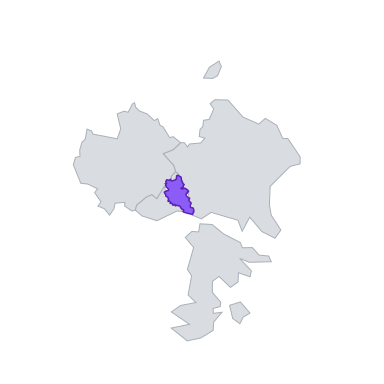 Belgium shown with its bordering countries, rotated 219°
{"feature_id": "BEL", "entity_name": "Belgium", "entity_type": "country or territory", "adm_level": 0, "iso_a3": "BEL", "parent_name": "Europe", "parent_adm1": "", "projection": "robinson", "projection_center": [4.727, 50.501], "detail": "fine", "context": "with_neighbors", "style": "filled", "palette": "violet", "viewbox_px": 384, "rotation_deg": 219, "n_neighbors": 5, "source": "natural_earth", "source_scale": "50m", "svg_char_len": 4476}
<svg xmlns="http://www.w3.org/2000/svg" viewBox="0 0 384 384"><g transform="rotate(219 192 192)"><path d="M217.5,197.4L222.7,201.0L238.6,203.6L233.2,213.2L231.9,223.1L228.9,225.5L223.8,224.2L224.2,227.7L216.1,235.6L215.9,241.9L221.3,239.7L225.2,245.8L224.8,249.8L228.2,255.0L224.3,259.2L227.3,270.2L233.5,272.0L232.3,278.1L222.0,286.1L199.5,282.3L182.8,286.8L181.4,295.3L168.1,297.2L155.3,290.8L151.1,293.8L130.1,287.4L125.7,281.9L131.9,273.5L134.8,245.5L123.8,230.8L115.8,223.8L99.0,218.4L98.4,208.3L112.9,205.2L131.3,208.8L128.3,193.0L138.5,199.0L164.3,188.2L167.8,177.0L177.4,174.2L178.9,179.0L183.9,179.2L196.6,191.2L202.2,190.1L214.3,197.7L217.5,197.4ZM247.5,293.2L254.8,287.8L257.0,299.9L253.4,310.8L248.1,307.9L245.3,298.4L247.5,293.2Z" fill="#d9dde1" stroke="#a8b0b8" stroke-width="1"/><path d="M301.4,138.5L304.3,145.5L301.5,149.2L305.7,154.0L308.8,161.3L308.2,166.0L313.2,174.8L308.4,176.2L305.5,174.6L283.6,186.3L287.1,196.2L299.3,205.6L295.7,212.0L291.8,213.8L293.7,222.9L292.8,225.2L289.2,222.4L283.9,221.9L276.0,224.4L266.2,223.8L264.7,227.5L258.9,223.7L255.6,224.4L243.6,220.2L241.4,223.2L231.9,223.1L233.2,213.2L238.6,203.6L222.7,201.0L217.5,197.4L218.0,191.3L215.8,188.2L217.0,178.9L215.0,164.6L221.5,164.6L224.2,159.4L226.7,146.9L224.6,142.3L226.7,139.4L235.6,138.7L237.6,141.7L244.7,134.9L242.1,129.8L241.5,122.1L249.5,123.9L256.2,121.8L256.5,127.1L267.3,130.3L267.4,135.1L278.1,132.5L283.9,128.8L301.4,138.5Z" fill="#d9dde1" stroke="#a8b0b8" stroke-width="1"/><path d="M215.8,188.2L218.0,191.3L217.5,197.4L211.8,196.5L213.0,188.7L215.8,188.2Z" fill="#d9dde1" stroke="#a8b0b8" stroke-width="1"/><path d="M224.6,142.3L226.7,146.9L224.2,159.4L221.5,164.6L215.0,164.6L217.0,178.9L204.1,169.7L194.0,172.6L186.1,171.5L191.7,167.8L201.2,147.6L215.8,141.9L224.6,142.3Z" fill="#d9dde1" stroke="#a8b0b8" stroke-width="1"/><path d="M85.2,137.0L70.8,134.4L73.5,127.1L71.9,119.8L80.8,119.3L91.5,127.6L85.2,137.0ZM117.9,143.4L119.9,135.4L113.0,126.8L100.3,124.4L98.0,120.7L102.3,114.8L99.1,111.1L93.0,117.4L93.3,104.6L88.5,97.8L93.3,84.1L102.0,73.3L122.5,73.2L110.7,87.6L132.6,85.8L129.4,96.7L119.4,108.6L130.2,109.5L139.6,126.7L146.8,128.9L155.8,149.9L168.7,152.5L167.3,161.2L161.7,165.2L165.8,172.3L155.9,179.4L141.3,179.3L122.6,183.1L117.7,180.4L110.1,186.8L100.1,185.2L92.1,190.5L86.5,187.7L103.3,173.4L113.2,170.4L96.3,168.1L93.5,162.7L105.1,158.4L99.6,151.1L102.1,142.1L117.9,143.4Z" fill="#d9dde1" stroke="#a8b0b8" stroke-width="1"/><path d="M196.0,171.0L196.8,171.3L197.6,171.4L197.9,171.2L197.7,170.4L198.3,170.0L199.0,169.7L199.3,170.1L199.9,170.5L200.4,170.5L201.7,169.5L202.0,169.7L202.3,170.0L202.4,170.3L202.4,170.6L202.7,170.7L203.8,170.7L204.3,170.1L204.7,169.8L205.0,170.0L205.2,170.7L205.5,171.5L206.7,172.4L207.7,172.7L209.0,172.5L209.5,172.3L209.9,172.5L210.2,173.0L211.0,173.5L212.5,173.9L213.0,174.1L213.4,174.5L213.3,175.1L212.5,176.4L212.4,176.8L212.5,176.9L212.4,177.2L211.4,178.1L211.3,178.4L211.7,178.9L211.9,179.3L212.5,179.5L213.1,179.6L214.1,179.6L215.2,179.6L215.3,179.9L216.6,180.6L217.0,181.2L217.9,181.7L217.1,182.5L217.3,182.8L217.5,183.1L218.5,183.3L219.0,183.7L219.1,184.4L219.3,185.6L217.2,186.7L216.7,188.0L216.6,188.3L216.5,188.2L216.3,187.8L215.9,187.8L215.1,187.6L213.9,188.8L213.4,189.7L213.0,190.4L212.6,191.0L212.5,191.6L212.5,191.9L212.4,192.2L212.4,192.6L213.1,193.3L213.2,193.6L214.1,194.9L213.8,195.3L213.6,195.8L213.4,196.1L213.1,196.3L212.2,196.3L211.1,196.5L210.4,196.7L210.0,196.7L209.2,196.1L208.3,195.2L207.7,194.8L207.5,194.4L206.8,194.2L205.8,193.8L205.1,193.3L204.5,193.0L203.6,192.8L202.9,192.9L202.7,192.0L202.7,191.1L202.1,190.5L202.9,188.0L202.4,187.8L201.9,188.0L201.2,188.6L200.8,189.3L200.6,189.9L199.4,190.5L197.5,190.7L195.4,190.5L195.1,190.3L194.9,190.1L194.9,189.9L195.1,189.6L195.5,189.2L195.6,188.6L195.2,188.1L194.9,187.9L195.0,187.5L195.3,186.9L195.4,186.5L193.9,185.5L192.9,185.3L191.9,185.3L191.2,185.2L190.7,185.2L190.4,185.5L190.1,185.7L189.8,185.5L189.4,183.7L189.1,183.4L187.8,183.1L186.0,183.0L185.5,182.6L185.3,181.8L185.1,180.8L184.6,179.9L184.3,179.7L183.8,179.3L182.8,179.4L181.7,180.0L181.1,180.1L180.8,180.2L180.0,179.6L179.0,178.8L178.2,177.9L178.0,177.4L178.3,176.8L178.0,176.4L177.6,175.6L177.5,174.9L182.2,172.6L185.1,171.4L186.5,171.1L186.8,172.3L187.0,172.6L187.4,172.9L187.8,172.9L188.3,172.6L189.0,172.3L190.1,172.5L190.9,172.8L191.1,173.0L191.7,173.3L192.5,173.4L194.0,172.9L195.4,172.0L195.8,171.5L196.0,171.0Z" fill="#8b5cf6" stroke="#5b21b6" stroke-width="1.5"/></g></svg>